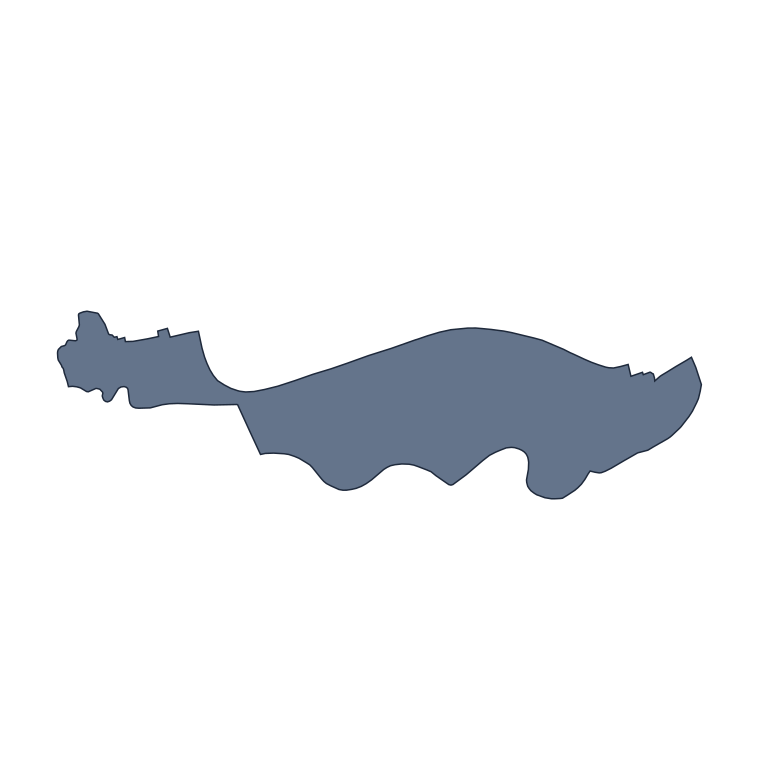 Hong Bang, Hải Phòng, Vietnam (Mercator projection), rotated 341°
{"feature_id": "81297802B63499365755438", "entity_name": "Hong Bang", "entity_type": "district", "adm_level": 2, "iso_a3": "VNM", "parent_name": "Vietnam", "parent_adm1": "Hải Phòng", "projection": "mercator", "projection_center": [106.64, 20.876], "detail": "fine", "context": "isolated", "style": "filled", "palette": "slate", "viewbox_px": 768, "rotation_deg": 341, "n_neighbors": 0, "source": "geoboundaries", "source_scale": "gbopen_adm2", "svg_char_len": 3259}
<svg xmlns="http://www.w3.org/2000/svg" viewBox="0 0 768 768"><g transform="rotate(341 384 384)"><path d="M515.6,550.1L521.7,548.7L530.0,546.6L531.7,545.9L533.3,545.3L538.0,543.0L542.9,539.6L547.7,535.5L550.5,533.4L554.9,536.2L558.5,538.1L560.5,538.6L564.8,538.5L571.4,537.6L586.7,534.5L588.4,534.2L601.4,531.7L611.9,532.5L618.0,531.2L623.2,530.2L634.3,528.1L636.1,527.6L637.2,527.3L639.5,526.4L649.2,522.0L650.4,521.4L651.4,520.8L661.8,514.0L666.8,510.1L673.6,503.4L676.6,500.1L680.8,493.5L681.6,492.0L683.9,487.9L684.2,469.8L683.4,458.8L677.8,460.1L665.7,462.5L656.0,464.7L649.0,466.2L648.0,466.5L646.8,466.9L641.0,469.3L641.7,466.4L641.9,462.2L641.1,461.4L640.1,460.0L639.4,459.4L632.2,459.6L632.2,457.1L620.0,457.1L621.2,445.0L613.5,444.5L606.2,443.6L603.3,442.4L602.2,442.0L599.2,440.3L593.0,435.7L587.1,430.9L581.2,425.5L577.8,422.2L572.3,416.9L570.4,415.2L565.1,409.7L547.8,394.1L540.7,389.3L521.3,376.9L514.2,372.8L510.1,370.8L503.3,367.4L495.4,363.8L489.1,361.0L481.4,358.4L464.7,354.4L464.4,354.4L453.4,353.1L440.9,352.6L430.4,352.6L428.0,352.5L427.2,352.5L402.5,352.7L378.7,352.1L355.8,352.4L338.9,352.4L320.1,351.7L301.0,351.8L282.9,351.5L269.3,350.3L258.7,348.8L250.6,346.5L246.7,344.6L245.3,343.9L243.5,342.7L237.8,338.3L232.5,332.7L227.7,326.6L225.4,320.3L224.0,313.9L223.3,306.9L223.1,300.1L223.6,290.9L225.7,273.7L216.6,272.1L197.1,270.1L197.3,260.9L187.3,260.3L186.3,265.7L175.1,264.3L160.6,262.0L153.3,259.7L153.9,255.6L146.8,255.2L146.9,252.3L144.2,252.0L142.9,249.2L140.7,248.1L139.9,247.1L139.6,236.7L136.8,224.7L136.2,223.8L126.9,218.5L125.0,218.2L123.2,217.9L119.3,218.0L118.3,218.3L117.6,219.2L115.2,229.0L114.1,230.5L110.2,234.2L109.3,235.6L108.4,241.8L107.8,242.6L106.4,242.7L100.3,239.9L99.1,240.1L97.9,240.9L95.6,243.4L94.3,243.7L91.1,243.5L87.4,245.3L86.2,246.7L85.4,248.4L84.1,253.0L83.8,255.3L85.1,261.2L85.1,263.1L85.8,264.9L85.7,266.7L85.3,269.5L85.3,278.5L84.8,283.8L88.8,284.8L92.5,286.6L95.7,288.8L100.3,294.3L101.9,295.1L110.2,294.4L111.6,295.1L113.6,296.4L115.2,299.9L115.2,301.1L113.7,303.6L113.6,305.5L113.8,307.9L115.0,309.8L116.8,310.9L119.0,310.9L121.2,310.2L131.4,301.8L134.4,301.2L137.4,301.8L139.1,303.0L140.1,304.6L140.1,306.2L137.8,316.8L137.5,319.5L138.0,322.0L139.2,324.0L141.4,325.8L144.4,327.1L155.3,330.5L167.6,331.4L174.6,332.8L182.6,335.2L192.3,338.9L216.5,348.5L238.3,355.5L238.9,356.1L239.0,357.4L241.8,386.1L244.3,410.4L249.2,411.0L257.1,413.4L267.0,417.5L271.0,419.6L275.7,423.2L279.4,426.5L284.7,432.8L287.5,436.3L289.1,439.7L292.8,450.0L294.0,453.3L295.4,456.5L297.1,459.3L300.4,462.8L307.1,469.1L310.7,471.1L314.1,472.2L319.1,473.1L323.7,473.6L329.2,473.4L334.8,472.4L341.0,470.6L356.0,464.7L359.9,463.8L363.6,463.4L368.2,463.9L374.8,465.4L381.6,468.0L385.8,470.4L389.5,473.3L396.3,479.0L398.4,480.9L399.9,482.2L403.2,487.5L412.5,500.2L414.4,501.4L416.4,501.5L432.1,496.6L452.6,488.5L460.5,485.8L467.2,484.8L473.1,484.4L478.9,484.2L481.4,484.8L483.9,485.4L486.8,486.7L490.4,489.3L492.7,491.5L494.5,493.9L495.5,496.1L495.9,498.0L496.1,500.0L495.8,502.5L495.3,505.1L492.7,511.8L487.5,521.1L486.9,523.5L486.7,525.7L486.6,527.6L487.2,530.1L488.2,532.8L490.4,536.1L492.4,538.5L499.1,543.9L504.9,547.0L508.7,548.3L513.2,549.6L515.6,550.1Z" fill="#64748b" stroke="#1e293b" stroke-width="1.5"/></g></svg>